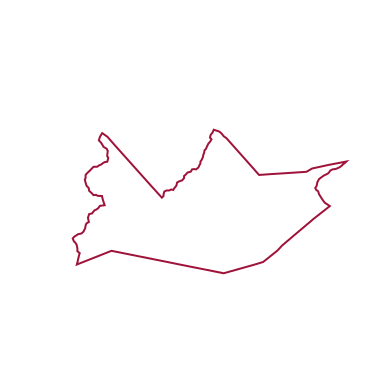 Brejo Santo, Ceará, Brazil, rotated 137°
{"feature_id": "56859067B35872262147230", "entity_name": "Brejo Santo", "entity_type": "district", "adm_level": 2, "iso_a3": "BRA", "parent_name": "Brazil", "parent_adm1": "Ceará", "projection": "orthographic", "projection_center": [-38.931, -7.585], "detail": "fine", "context": "isolated", "style": "outline", "palette": "rose", "viewbox_px": 384, "rotation_deg": 137, "n_neighbors": 0, "source": "geoboundaries", "source_scale": "gbopen_adm2", "svg_char_len": 2036}
<svg xmlns="http://www.w3.org/2000/svg" viewBox="0 0 384 384"><g transform="rotate(137 192 192)"><path d="M100.8,87.7L101.7,91.6L102.2,93.6L102.0,95.6L101.7,98.1L100.6,103.7L99.3,106.4L99.7,109.1L99.1,110.9L96.8,111.4L93.6,113.7L90.3,114.8L87.3,114.5L84.2,114.1L82.4,113.5L80.0,112.8L78.1,112.9L76.3,113.4L73.8,112.7L72.0,111.4L70.4,110.5L67.0,109.4L64.2,109.1L62.2,109.3L60.3,109.0L58.3,109.0L73.7,118.7L88.2,127.3L94.5,128.7L112.4,143.3L119.1,148.8L121.0,150.4L131.3,158.7L131.2,164.2L131.1,166.1L130.6,187.3L130.3,200.3L130.1,207.9L130.8,211.2L130.5,214.4L130.8,217.5L133.6,222.7L136.4,221.5L139.5,221.0L141.8,219.5L141.8,217.3L144.1,216.5L147.1,216.2L149.7,215.2L152.5,214.0L154.5,213.9L156.4,212.4L158.3,211.5L160.4,210.0L163.0,208.9L164.9,208.6L166.5,207.1L168.4,206.5L170.5,205.6L173.5,205.7L175.0,207.5L176.6,208.5L179.1,207.7L182.0,209.3L184.7,209.0L186.9,209.1L188.3,207.6L191.1,207.2L194.1,208.5L196.4,209.1L199.1,207.3L202.0,206.9L204.3,206.3L205.5,208.0L207.7,208.7L209.6,210.5L211.9,211.2L214.0,210.0L215.6,208.5L217.9,208.4L217.7,223.7L216.5,280.9L216.2,290.1L217.5,296.3L221.6,295.2L224.9,293.3L224.9,289.9L225.4,287.5L225.9,285.3L224.9,281.7L225.6,279.5L229.5,276.2L229.9,274.1L233.3,271.9L235.3,273.3L237.5,273.9L239.6,274.0L241.6,274.8L244.0,275.1L246.9,277.6L251.8,277.3L255.4,277.3L258.1,277.1L260.3,274.8L262.0,274.1L263.8,270.7L264.9,268.4L264.8,265.5L266.4,263.0L266.1,259.2L266.2,256.9L264.2,255.4L263.5,253.4L260.6,250.5L262.5,247.1L264.9,241.9L268.8,244.7L271.7,244.1L274.2,244.5L276.0,245.1L279.8,244.5L282.2,246.0L285.6,244.2L287.9,240.4L290.6,241.0L292.8,240.0L294.7,238.4L298.5,237.0L301.3,237.1L304.0,238.8L306.5,239.2L308.6,239.6L310.9,239.4L312.0,236.5L311.9,234.4L312.4,232.0L314.5,228.6L316.2,226.9L315.8,223.9L317.7,222.8L320.8,220.7L323.3,219.0L325.7,217.5L291.0,203.9L266.6,169.9L258.1,158.1L252.2,149.8L241.7,135.2L224.3,111.0L195.9,96.3L187.7,92.3L185.3,92.1L169.3,90.9L162.6,91.4L145.3,90.6L131.1,89.9L125.8,89.6L122.2,89.5L100.8,87.7Z" fill="none" stroke="#9f1239" stroke-width="2"/></g></svg>